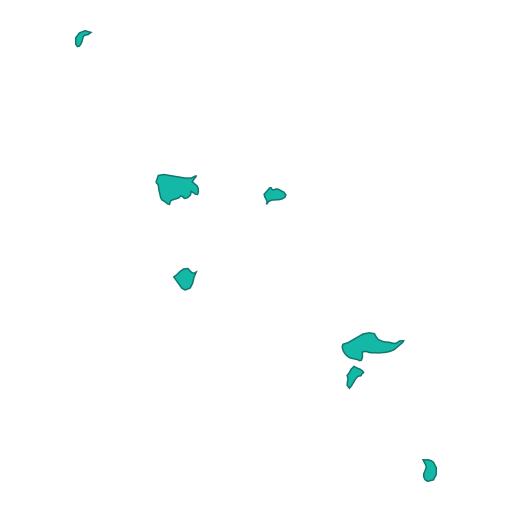 map outline of Marquesas Islands (Albers equal-area conic projection)
{"feature_id": "PYF-4967", "entity_name": "Marquesas Islands", "entity_type": "state/province", "adm_level": 1, "iso_a3": "PYF", "parent_name": "French Polynesia", "parent_adm1": "", "projection": "albers", "projection_center": [-139.551, -9.25], "detail": "fine", "context": "isolated", "style": "filled", "palette": "teal", "viewbox_px": 512, "rotation_deg": 0, "n_neighbors": 0, "source": "natural_earth", "source_scale": "10m", "svg_char_len": 2030}
<svg xmlns="http://www.w3.org/2000/svg" viewBox="0 0 512 512"><path d="M399.7,341.0L403.6,340.7L402.8,342.3L394.1,349.7L390.2,351.3L386.0,352.3L379.3,352.9L370.2,352.7L368.2,352.2L367.3,351.7L365.3,351.5L363.3,351.7L362.4,352.2L362.4,357.6L361.2,360.4L359.6,360.6L357.2,359.5L350.2,358.0L347.3,356.1L345.0,353.7L343.6,351.6L342.7,349.4L342.2,346.6L342.9,344.3L348.1,342.6L363.0,334.0L369.2,332.8L374.4,333.7L376.5,337.4L378.4,339.6L381.6,341.1L385.2,342.0L388.7,342.2L392.8,343.2L394.6,343.4L396.5,343.1L397.7,342.3L398.7,341.5L399.7,341.0ZM192.3,181.8L197.0,185.9L198.1,188.0L198.4,191.8L197.5,194.5L195.4,194.1L191.3,191.4L190.4,195.1L187.7,197.7L184.4,198.4L181.9,196.1L180.7,196.1L178.6,198.0L171.7,200.2L170.3,201.5L169.5,204.4L167.6,203.9L165.4,202.0L161.8,199.8L160.6,197.4L158.8,189.4L158.4,186.0L158.1,184.5L156.5,183.1L156.1,181.8L158.3,175.5L163.7,174.5L185.4,178.1L190.7,178.1L192.0,177.8L194.4,176.4L196.0,175.9L196.0,176.7L195.7,177.2L195.3,177.5L194.0,179.0L192.3,181.8ZM187.8,268.5L191.7,272.5L193.8,273.3L196.2,272.0L194.0,277.3L192.6,283.2L190.2,288.0L185.1,290.0L181.9,288.3L173.8,276.9L177.1,274.5L180.1,271.4L183.5,269.0L187.8,268.5ZM423.0,459.8L428.7,459.9L431.2,460.7L433.5,462.3L436.3,467.7L436.3,474.4L433.4,479.9L427.6,481.3L425.2,479.8L423.8,477.1L423.7,473.9L426.2,467.9L425.9,465.3L423.0,459.8ZM284.0,192.3L285.9,194.9L285.0,197.1L282.4,198.8L279.3,199.6L271.8,200.1L268.8,201.4L266.4,204.4L267.1,201.8L266.2,199.4L264.8,196.9L264.1,194.3L269.8,187.8L271.1,187.8L272.3,189.7L273.7,189.9L276.4,188.9L278.4,189.3L284.0,192.3ZM357.7,368.3L359.9,369.1L362.2,370.7L363.6,372.3L363.0,373.1L362.4,373.3L361.9,374.0L361.5,374.9L361.2,375.4L360.4,375.9L358.7,376.1L357.7,376.6L355.4,379.1L351.5,385.8L349.4,388.3L347.2,385.4L347.4,382.1L348.0,378.7L347.1,375.4L348.9,373.3L351.1,369.2L354.0,366.4L357.7,368.3ZM81.8,42.0L80.7,44.4L79.1,46.3L77.4,46.5L75.8,44.3L75.7,37.9L79.3,33.0L85.0,30.7L91.0,32.4L88.5,34.3L87.6,34.7L84.6,35.3L83.2,36.8L81.8,42.0Z" fill="#14b8a6" stroke="#0f766e" stroke-width="1.5"/></svg>